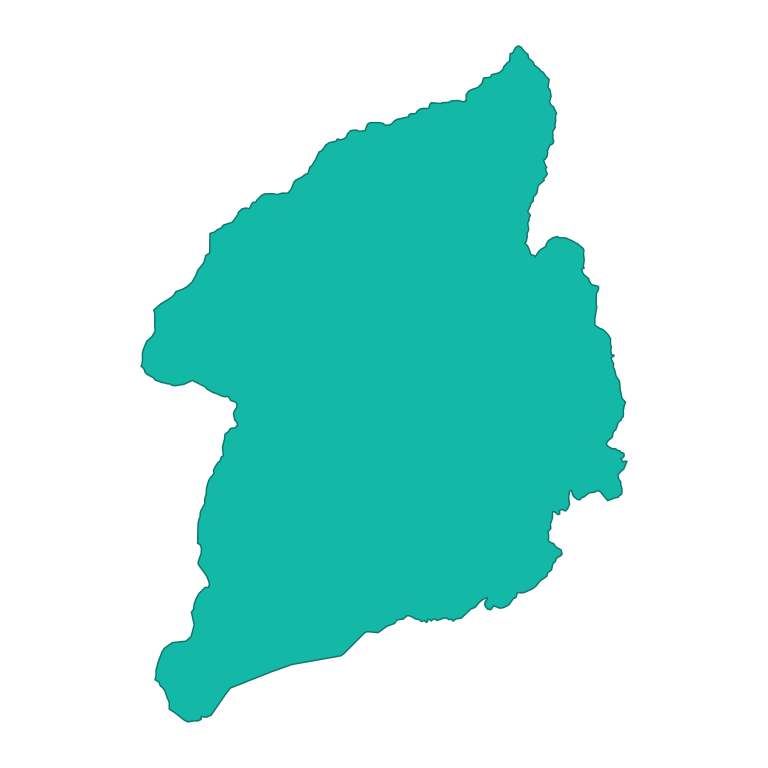 Santo Crucifixo, Ribeira Grande, Cabo Verde
{"feature_id": "66160863B26577257957631", "entity_name": "Santo Crucifixo", "entity_type": "district", "adm_level": 2, "iso_a3": "CPV", "parent_name": "Cabo Verde", "parent_adm1": "Ribeira Grande", "projection": "mercator", "projection_center": [-25.106, 17.131], "detail": "fine", "context": "isolated", "style": "filled", "palette": "teal", "viewbox_px": 768, "rotation_deg": 0, "n_neighbors": 0, "source": "geoboundaries", "source_scale": "gbopen_adm2", "svg_char_len": 6096}
<svg xmlns="http://www.w3.org/2000/svg" viewBox="0 0 768 768"><path d="M261.4,195.5L256.9,200.1L255.7,202.3L253.3,202.3L251.8,203.5L250.4,207.1L249.2,208.6L245.6,208.0L241.8,209.0L238.4,212.4L237.8,214.7L232.2,222.3L223.4,225.1L221.3,227.9L216.6,230.2L215.3,231.7L210.0,233.5L209.7,253.0L205.8,255.5L203.9,262.6L197.8,270.3L195.7,275.7L191.9,282.3L186.9,286.8L181.9,289.6L176.0,291.5L173.9,295.1L170.9,297.7L161.0,303.8L153.8,309.9L154.8,313.9L154.7,325.1L155.2,331.1L151.9,336.7L146.7,341.3L143.3,349.7L142.4,353.7L142.5,360.8L141.9,364.3L141.1,366.1L144.0,368.9L145.0,372.1L146.9,374.3L152.9,377.4L155.3,380.0L162.5,382.7L164.7,382.8L166.4,383.6L170.0,384.0L172.2,385.3L175.3,385.7L184.0,384.3L192.4,380.4L205.1,386.8L207.4,389.4L213.6,392.8L216.4,393.5L222.4,396.2L224.5,396.7L228.2,396.4L230.7,400.4L236.0,402.3L237.0,404.6L236.8,407.3L234.5,410.7L233.5,413.6L234.5,419.1L235.3,420.8L236.8,422.0L237.6,425.2L234.8,428.1L232.0,428.1L230.3,428.7L228.1,431.9L225.5,433.7L224.9,434.8L224.5,439.1L222.5,447.0L223.3,455.9L221.4,456.9L219.6,461.6L218.1,462.4L215.4,466.5L213.4,470.4L214.1,473.3L209.5,479.0L208.6,480.9L206.8,486.9L206.3,490.2L206.4,493.7L204.7,498.9L204.7,503.9L201.1,510.2L200.2,513.0L200.1,516.5L198.8,519.8L198.1,523.6L197.6,543.2L200.6,545.1L201.4,548.8L201.2,553.3L198.3,561.5L198.3,564.4L206.4,575.6L208.8,581.2L209.4,584.4L208.5,587.3L205.1,587.5L199.1,593.4L196.4,598.1L194.1,604.2L193.7,609.1L191.4,612.2L194.2,624.7L191.2,636.4L185.9,641.2L172.4,642.6L164.4,648.2L162.0,652.0L158.2,662.0L156.0,670.4L156.1,675.3L155.1,679.7L158.9,682.1L160.4,686.0L162.6,687.6L165.0,691.0L167.3,698.1L169.2,702.1L169.3,709.1L175.0,712.8L184.3,720.2L188.0,721.9L194.2,720.8L197.8,720.9L201.0,719.5L201.3,718.9L200.7,717.8L201.2,716.7L206.2,717.2L211.1,715.2L225.5,694.3L230.4,688.0L271.3,671.8L291.8,664.5L340.8,655.8L343.9,653.6L363.9,633.5L365.8,632.1L368.2,631.7L378.2,632.6L386.7,626.3L394.5,623.5L397.1,619.9L403.3,619.0L407.0,615.8L409.0,615.7L411.0,616.4L415.8,619.0L419.3,619.7L421.7,621.6L423.2,620.8L424.6,620.8L426.3,622.3L427.3,621.8L428.0,619.4L429.5,619.6L431.5,620.9L433.0,619.3L434.7,618.8L436.9,620.5L443.8,618.1L445.6,617.9L447.1,618.3L448.8,619.6L451.7,619.3L452.5,620.7L453.6,620.9L455.6,619.0L461.3,618.1L470.6,609.2L475.2,607.3L479.3,602.3L482.9,599.4L487.1,597.7L487.6,598.3L487.4,598.9L485.3,601.5L484.7,604.4L485.2,606.1L487.4,609.0L490.4,609.7L491.3,609.2L493.6,605.7L499.5,608.1L502.5,607.9L506.2,606.4L509.2,604.5L513.1,598.8L516.0,597.4L517.2,593.0L519.2,592.6L521.9,592.9L525.2,592.1L532.6,588.7L536.0,586.0L540.1,580.9L546.9,576.1L547.8,572.6L551.5,570.0L552.9,563.6L555.2,561.6L556.6,558.1L561.1,555.4L562.1,553.8L561.1,550.0L555.6,546.7L553.7,543.7L549.5,541.9L548.7,541.1L548.4,540.0L548.7,535.8L548.1,531.6L550.8,528.5L550.4,524.0L552.4,518.3L552.5,512.8L553.0,511.7L554.4,511.6L557.1,514.0L558.5,514.6L559.8,513.7L559.4,511.0L559.9,510.3L562.4,509.4L564.5,510.8L565.9,510.7L567.7,508.6L569.5,504.2L568.6,497.0L569.6,491.0L570.5,490.4L571.4,490.6L573.3,496.0L576.6,499.0L578.9,499.8L580.0,499.7L581.9,497.5L584.0,496.9L589.0,492.9L595.2,492.0L596.1,491.0L598.7,490.8L600.6,492.1L607.7,500.6L615.6,497.7L618.2,497.3L619.2,495.8L621.5,494.2L622.0,492.1L622.0,489.0L620.7,484.6L620.7,481.8L618.5,478.7L618.0,475.4L618.6,474.0L622.4,469.9L623.6,469.3L626.9,461.6L625.9,461.0L623.0,461.9L620.8,458.6L623.0,457.6L624.0,456.4L624.1,454.0L622.6,452.7L621.0,452.5L620.0,451.0L617.0,450.1L615.9,448.9L614.1,448.5L613.0,449.1L608.0,446.4L606.1,444.0L608.2,440.6L612.3,437.2L613.2,432.3L616.1,429.0L618.3,422.4L621.0,420.2L621.7,417.9L623.1,417.0L623.5,413.9L623.3,411.2L624.0,406.4L625.5,402.1L622.0,398.4L620.2,389.7L619.5,381.3L616.1,376.1L614.5,369.3L613.3,367.2L613.6,363.8L611.1,358.4L611.5,357.5L613.7,356.2L614.0,355.3L613.2,354.9L612.0,355.2L611.3,354.6L610.8,349.6L611.4,347.5L610.5,344.1L610.5,338.5L607.8,334.2L603.0,329.6L599.4,328.2L594.9,325.2L594.8,319.0L596.8,306.7L596.2,304.6L596.4,293.1L598.0,290.9L598.7,287.9L598.3,286.7L597.3,285.9L592.3,285.0L591.3,284.2L590.1,282.6L588.6,278.6L583.8,274.5L582.5,272.5L581.8,268.9L584.1,268.1L583.4,266.1L584.2,259.4L583.5,254.5L583.9,249.9L582.8,248.2L577.7,243.9L571.7,240.6L565.6,237.9L559.5,237.8L557.6,236.6L552.7,237.8L548.6,240.5L546.1,244.4L546.0,246.3L540.8,249.5L538.3,252.0L535.2,256.9L534.3,255.7L530.7,254.4L529.8,251.0L527.5,245.8L525.0,243.3L526.4,240.9L527.3,236.3L527.0,233.8L528.7,229.8L527.7,223.0L529.2,219.8L528.8,218.7L530.4,215.2L527.7,211.8L530.3,206.0L530.8,203.6L533.2,201.1L533.3,197.3L536.2,194.1L537.2,191.9L538.1,185.7L544.2,180.2L543.7,178.4L545.3,177.1L547.1,174.4L547.2,173.5L545.7,170.2L545.7,168.8L546.7,167.3L545.4,165.4L543.6,160.3L545.1,159.2L547.2,156.2L547.7,152.3L547.4,150.7L549.8,145.3L552.7,143.8L553.3,142.8L553.7,141.4L552.7,137.2L553.0,134.7L552.6,133.3L552.8,131.4L555.3,127.3L554.8,126.0L555.7,120.4L555.4,117.2L555.9,114.4L556.6,113.5L553.4,106.7L550.8,104.8L549.5,101.4L551.1,96.5L550.1,90.0L548.0,87.3L549.1,79.8L548.6,78.7L546.1,76.7L543.2,72.3L541.0,71.2L539.5,69.1L534.5,65.2L533.0,61.9L528.8,58.4L527.8,54.2L525.2,52.4L521.0,47.1L520.2,47.2L519.5,46.2L517.9,46.1L515.5,47.6L512.8,52.8L510.1,53.8L509.6,61.1L507.5,62.5L503.7,66.8L503.2,68.9L501.0,71.5L498.4,73.0L491.7,74.7L490.0,77.4L484.0,77.9L483.0,79.6L482.2,83.1L477.8,87.5L471.0,89.8L468.3,91.5L466.2,94.8L466.2,100.4L463.7,101.9L458.1,100.5L451.4,100.9L448.6,102.4L442.0,102.7L441.1,103.6L431.4,102.7L430.1,103.9L428.9,107.8L427.5,108.6L423.9,108.3L419.9,109.1L417.7,110.7L415.7,113.4L414.1,114.0L411.5,113.6L409.3,114.4L408.3,117.0L397.1,119.3L394.7,120.7L391.3,124.2L389.1,125.0L384.2,125.2L383.7,123.6L379.7,122.6L370.1,122.7L368.1,123.7L367.2,124.9L365.2,130.5L359.4,131.4L356.4,130.0L350.6,130.6L347.4,134.1L346.2,137.1L344.3,138.7L339.8,140.0L338.3,139.0L336.8,139.6L336.6,140.4L335.4,141.4L329.5,142.6L325.8,145.0L322.8,149.4L321.1,151.1L319.0,152.0L315.6,159.6L311.7,165.8L310.0,166.9L307.9,173.5L305.1,174.5L301.6,177.2L295.6,180.2L294.1,182.0L291.2,189.0L288.1,193.1L281.7,193.2L277.5,194.6L272.7,193.7L264.7,193.9L261.4,195.5Z" fill="#14b8a6" stroke="#0f766e" stroke-width="1.5"/></svg>